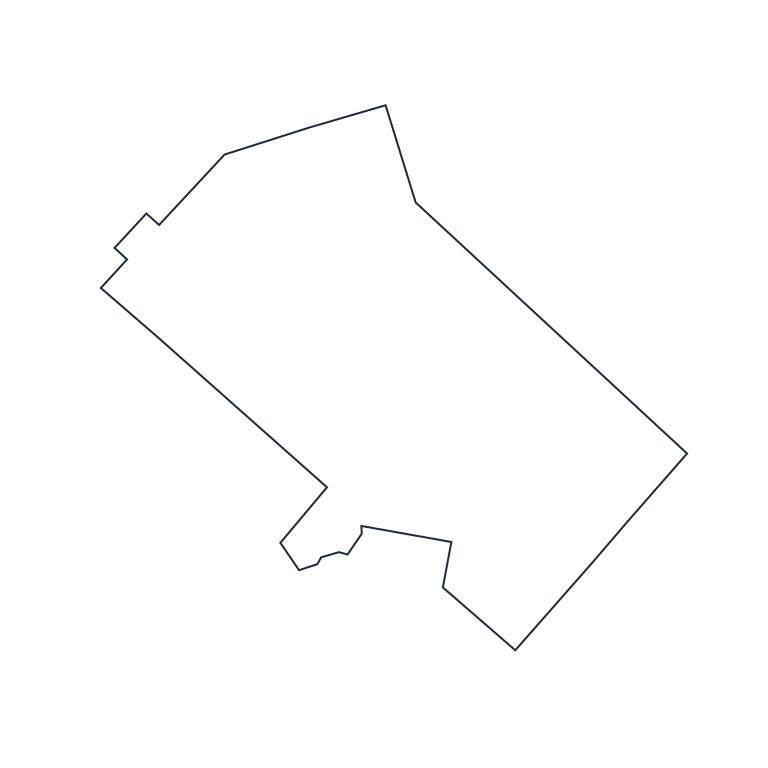 Hamilton, New York, United States of America, rotated 138°
{"feature_id": "52423323B65561543584618", "entity_name": "Hamilton", "entity_type": "district", "adm_level": 2, "iso_a3": "USA", "parent_name": "United States of America", "parent_adm1": "New York", "projection": "orthographic", "projection_center": [-74.36, 43.668], "detail": "fine", "context": "isolated", "style": "outline", "palette": "slate", "viewbox_px": 768, "rotation_deg": 138, "n_neighbors": 0, "source": "geoboundaries", "source_scale": "gbopen_adm2", "svg_char_len": 489}
<svg xmlns="http://www.w3.org/2000/svg" viewBox="0 0 768 768"><g transform="rotate(138 384 384)"><path d="M349.9,111.7L298.2,118.4L244.3,124.9L205.3,129.5L239.0,497.7L196.3,590.1L267.3,624.3L348.9,661.2L444.7,652.7L446.5,669.7L493.2,665.4L491.6,648.5L530.2,644.8L520.9,570.7L495.5,345.4L567.3,335.3L571.7,302.5L554.1,294.7L546.7,297.2L530.0,289.2L525.2,281.7L500.8,287.6L495.8,293.6L439.7,221.5L476.4,193.4L464.6,98.3L349.9,111.7Z" fill="none" stroke="#1e293b" stroke-width="2"/></g></svg>